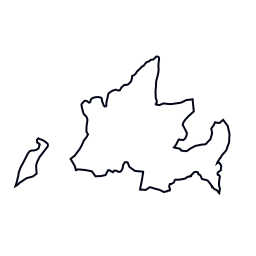 Al Qafr, Ibb, Yemen, rotated 9°
{"feature_id": "15242507B91699093168039", "entity_name": "Al Qafr", "entity_type": "district", "adm_level": 2, "iso_a3": "YEM", "parent_name": "Yemen", "parent_adm1": "Ibb", "projection": "natural_earth1", "projection_center": [44.079, 14.308], "detail": "fine", "context": "isolated", "style": "outline", "palette": "ink", "viewbox_px": 256, "rotation_deg": 9, "n_neighbors": 0, "source": "geoboundaries", "source_scale": "gbopen_adm2", "svg_char_len": 5813}
<svg xmlns="http://www.w3.org/2000/svg" viewBox="0 0 256 256"><g transform="rotate(9 128 128)"><path d="M187.3,89.5L184.1,90.5L181.2,91.3L178.6,93.2L176.3,94.7L174.1,95.4L168.1,97.3L165.6,97.9L160.8,98.1L159.2,98.2L156.8,99.6L155.5,100.5L152.6,100.5L151.8,100.4L151.7,99.7L152.3,98.8L152.4,97.9L152.2,97.4L152.1,96.7L150.7,93.8L149.5,88.0L149.2,84.6L149.3,84.2L148.5,77.5L149.0,72.8L149.3,68.3L149.0,64.8L148.7,63.7L148.4,62.6L148.3,61.5L148.0,59.0L148.0,57.0L147.9,54.8L147.4,53.4L147.1,53.2L146.3,52.9L145.0,52.9L144.2,53.6L143.7,54.7L142.6,55.9L142.2,56.4L140.4,56.9L139.8,57.1L138.1,59.1L136.1,60.0L135.3,61.2L134.7,62.1L134.4,62.8L134.1,63.5L133.5,64.2L132.5,65.0L131.9,65.5L130.8,67.2L128.8,69.8L128.3,70.4L127.7,71.6L127.4,72.5L126.8,73.6L125.3,75.2L124.2,75.9L123.8,76.2L124.2,78.3L123.8,80.6L123.7,81.5L121.7,84.5L120.1,85.6L117.7,86.0L117.4,86.3L116.5,87.4L115.2,88.9L114.2,91.7L113.8,92.2L112.8,92.4L111.7,92.4L110.6,92.1L110.2,92.1L109.2,92.3L107.6,93.2L106.3,94.0L105.0,95.2L104.4,95.8L103.8,96.4L103.5,97.0L103.2,97.8L103.1,98.8L103.1,99.6L103.1,100.9L102.7,104.7L102.8,107.2L103.1,109.3L103.0,109.8L102.7,110.1L102.2,110.3L101.4,110.3L101.1,110.0L100.6,109.6L98.7,106.5L97.9,104.6L97.6,103.3L97.2,102.7L96.5,102.3L95.5,102.1L93.6,102.1L93.4,102.1L93.1,102.2L91.1,102.7L90.8,102.8L89.1,103.5L88.3,104.0L87.6,104.7L87.2,105.2L87.0,105.6L86.8,106.2L86.6,108.4L86.3,108.8L85.9,108.9L85.2,109.0L84.7,108.7L84.1,108.3L83.5,107.9L82.8,107.8L81.8,107.7L81.1,107.9L80.6,108.3L80.3,108.7L78.9,110.8L78.5,111.7L78.4,112.4L78.6,113.3L79.2,114.8L81.0,119.0L82.1,121.0L82.6,121.6L83.5,122.1L84.3,122.6L85.1,123.4L85.5,123.9L86.2,125.1L86.6,126.1L86.7,127.0L86.8,133.0L87.4,137.7L88.3,139.2L89.5,140.5L88.3,143.9L86.5,146.9L85.1,152.1L84.1,154.9L83.4,156.7L81.8,159.7L79.8,163.5L76.1,167.5L77.7,169.4L78.6,170.4L78.6,170.5L81.5,174.0L82.1,175.4L82.9,177.3L83.1,177.8L83.4,177.9L83.6,177.7L83.9,177.4L84.8,176.7L91.9,176.2L96.0,176.3L99.2,176.5L103.4,180.8L108.4,179.8L112.7,178.2L113.4,177.6L113.9,175.6L114.3,174.8L114.4,174.2L115.1,172.7L116.1,172.6L117.4,173.2L120.0,174.0L121.1,172.2L123.4,172.0L125.5,172.9L127.7,172.1L129.0,169.0L129.0,165.2L130.3,162.2L132.8,162.0L133.3,162.5L135.1,165.5L135.6,166.3L136.8,166.9L141.6,169.3L149.8,168.8L149.9,169.5L149.9,176.6L149.5,186.9L155.2,186.4L158.5,183.2L160.0,183.1L163.9,183.7L169.0,184.2L172.7,185.4L173.0,185.6L173.4,185.6L176.2,184.5L176.7,184.3L177.0,183.8L177.3,183.6L177.7,183.5L178.2,183.5L178.7,183.4L178.9,183.0L179.1,182.8L179.1,182.3L179.0,181.7L178.7,181.3L178.5,180.8L178.3,180.3L178.0,179.8L177.8,179.3L177.8,178.8L177.9,178.2L178.1,176.8L179.5,176.5L179.7,176.4L180.1,176.0L180.6,175.7L181.0,175.4L181.4,175.1L181.7,174.7L181.9,174.2L182.1,173.7L182.2,173.2L182.2,172.6L182.4,172.1L182.8,171.7L183.2,171.5L183.7,171.4L184.2,171.4L184.7,171.3L185.1,171.3L185.6,171.3L186.2,171.1L186.6,171.0L187.2,170.8L187.7,170.7L188.1,170.6L188.6,170.4L189.1,170.2L189.6,170.0L190.0,169.8L190.5,169.8L190.9,169.5L191.3,169.4L191.8,169.1L192.3,168.9L192.7,168.7L192.8,168.7L194.2,167.1L194.5,166.8L195.2,166.7L196.0,166.6L196.3,166.2L196.7,165.9L196.8,165.7L197.2,165.6L197.4,165.7L197.4,165.8L197.5,165.9L197.8,165.7L197.7,165.2L197.9,164.4L198.1,164.2L198.5,163.8L198.9,163.5L199.2,163.0L199.4,162.5L199.7,162.1L200.0,161.6L200.4,161.3L200.9,161.0L201.3,160.9L201.9,160.8L202.3,160.7L202.8,160.7L203.3,160.7L203.9,160.8L204.2,161.2L204.3,161.9L204.8,162.7L205.3,162.7L205.7,162.8L206.2,163.0L206.6,163.4L207.0,163.7L207.3,164.0L207.6,164.4L207.9,164.9L208.2,165.4L208.4,165.9L208.7,166.4L209.0,166.7L209.4,166.9L209.9,166.9L210.4,166.9L210.9,166.9L211.3,167.0L212.3,167.1L212.8,167.1L213.3,167.1L213.7,167.2L214.2,167.3L214.7,167.4L215.1,167.6L215.5,167.9L215.9,168.4L216.3,168.8L216.8,169.1L217.2,169.5L217.5,169.8L217.9,170.1L218.3,170.6L218.7,171.0L219.4,171.8L219.7,172.2L219.8,172.1L220.1,172.2L220.1,172.3L220.1,172.5L220.1,172.9L220.2,173.1L220.3,173.0L220.3,172.9L220.5,172.9L221.3,173.6L221.7,173.9L222.1,174.3L222.6,174.6L223.0,174.8L223.4,175.0L223.9,175.1L224.5,175.3L224.9,175.4L225.4,175.5L226.0,175.9L226.4,176.3L226.7,176.6L227.1,177.0L227.4,177.5L227.6,177.7L228.3,178.1L228.3,173.5L226.8,170.4L226.3,165.5L226.3,161.5L225.2,160.3L224.2,160.3L223.6,159.6L223.6,157.9L226.2,155.3L226.2,155.0L226.1,151.2L225.2,149.5L224.4,149.1L224.0,148.5L223.7,148.1L223.2,147.9L222.7,148.0L222.0,148.3L221.5,148.8L221.7,147.8L223.1,144.6L223.6,143.4L224.5,142.1L224.9,140.4L228.4,135.0L230.1,126.5L229.2,118.1L226.2,110.4L220.7,105.1L217.5,108.8L213.7,108.9L213.1,108.7L212.2,111.9L210.3,115.5L211.3,118.1L211.9,120.3L211.1,126.4L209.5,128.5L209.4,128.6L207.6,131.4L206.3,132.2L203.3,132.9L200.4,134.0L197.4,135.1L192.7,138.6L191.0,140.4L189.5,141.7L188.5,141.8L184.1,142.0L183.4,141.0L183.1,141.0L182.4,140.3L176.8,140.1L176.4,140.0L177.5,138.3L178.4,136.0L179.7,131.9L180.4,131.2L181.2,131.5L184.6,131.2L185.7,129.9L185.9,129.7L186.6,127.8L187.1,125.7L186.8,123.5L183.0,118.2L182.1,117.1L181.6,116.5L181.6,115.3L182.2,113.0L183.3,110.8L185.7,107.2L190.4,101.3L187.3,89.5ZM44.9,187.3L43.3,180.5L43.2,179.1L43.3,177.5L43.7,175.4L44.4,173.1L45.1,170.7L48.7,164.1L51.3,159.4L51.5,158.9L51.6,158.2L51.6,157.8L51.5,157.0L51.0,156.1L50.6,155.7L49.8,155.3L49.0,154.8L48.2,154.4L47.5,154.1L46.8,153.8L46.3,153.6L45.3,153.3L44.8,153.2L44.7,153.1L43.5,152.9L42.6,152.8L41.8,152.6L41.2,152.2L40.8,152.6L39.9,153.8L40.0,154.7L40.6,155.9L40.5,156.5L42.6,157.4L42.9,157.5L43.2,157.7L43.4,158.0L43.2,158.7L43.3,158.7L42.9,162.0L40.9,163.9L40.1,164.3L38.5,164.9L37.0,165.2L36.3,165.3L34.3,166.6L32.9,169.4L32.1,171.9L30.6,176.6L30.3,177.5L29.8,179.0L28.1,183.7L27.1,188.7L27.1,189.9L27.1,192.1L26.7,196.9L26.6,199.0L25.9,203.1L26.3,202.8L28.6,200.5L29.2,199.4L35.7,193.4L41.2,191.0L41.9,190.5L43.9,188.4L44.9,187.3Z" fill="none" stroke="#020617" stroke-width="2"/></g></svg>